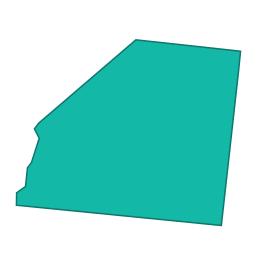 Alamosa, Colorado, United States of America, rotated 186°
{"feature_id": "52423323B58056055528958", "entity_name": "Alamosa", "entity_type": "district", "adm_level": 2, "iso_a3": "USA", "parent_name": "United States of America", "parent_adm1": "Colorado", "projection": "orthographic", "projection_center": [-105.672, 37.554], "detail": "fine", "context": "isolated", "style": "filled", "palette": "teal", "viewbox_px": 256, "rotation_deg": 186, "n_neighbors": 0, "source": "geoboundaries", "source_scale": "gbopen_adm2", "svg_char_len": 317}
<svg xmlns="http://www.w3.org/2000/svg" viewBox="0 0 256 256"><g transform="rotate(186 128 128)"><path d="M24.0,196.5L24.1,216.1L129.4,216.5L217.2,123.6L221.0,117.3L215.2,108.5L220.4,83.5L223.8,78.0L223.8,59.2L232.0,51.9L230.9,39.5L25.0,40.8L24.0,196.5Z" fill="#14b8a6" stroke="#0f766e" stroke-width="1.5"/></g></svg>